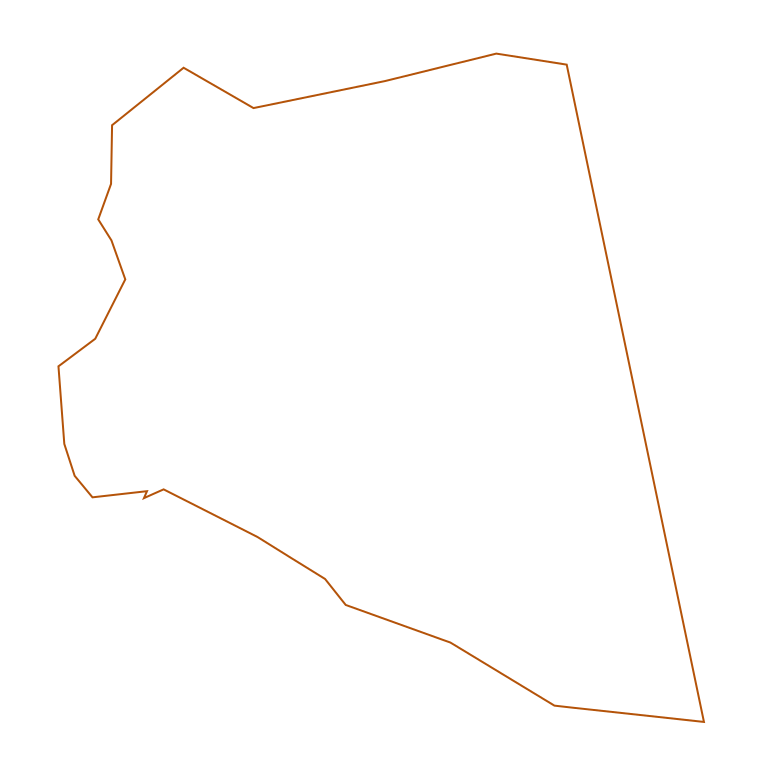 outline of Terre Blanche, Soufrière, Saint Lucia, rotated 271°
{"feature_id": "8701671B18283500133998", "entity_name": "Terre Blanche", "entity_type": "district", "adm_level": 2, "iso_a3": "LCA", "parent_name": "Saint Lucia", "parent_adm1": "Soufrière", "projection": "orthographic", "projection_center": [-61.05, 13.842], "detail": "fine", "context": "isolated", "style": "outline", "palette": "amber", "viewbox_px": 768, "rotation_deg": 271, "n_neighbors": 0, "source": "geoboundaries", "source_scale": "gbopen_adm2", "svg_char_len": 541}
<svg xmlns="http://www.w3.org/2000/svg" viewBox="0 0 768 768"><g transform="rotate(271 384 384)"><path d="M265.7,146.0L269.7,154.5L274.8,165.5L228.8,260.2L208.3,294.4L188.0,328.5L167.7,345.2L162.4,349.6L129.2,447.3L126.7,454.8L65.4,560.0L63.6,578.8L51.7,709.8L614.7,581.9L706.5,561.1L716.3,490.5L686.9,379.7L657.6,248.7L686.2,197.1L696.7,178.1L638.0,107.6L579.3,107.6L543.6,95.4L522.8,109.0L484.1,123.5L424.2,94.5L396.0,58.2L318.5,65.4L286.8,76.3L265.6,94.5L272.7,148.9L265.7,146.0Z" fill="none" stroke="#b45309" stroke-width="2"/></g></svg>